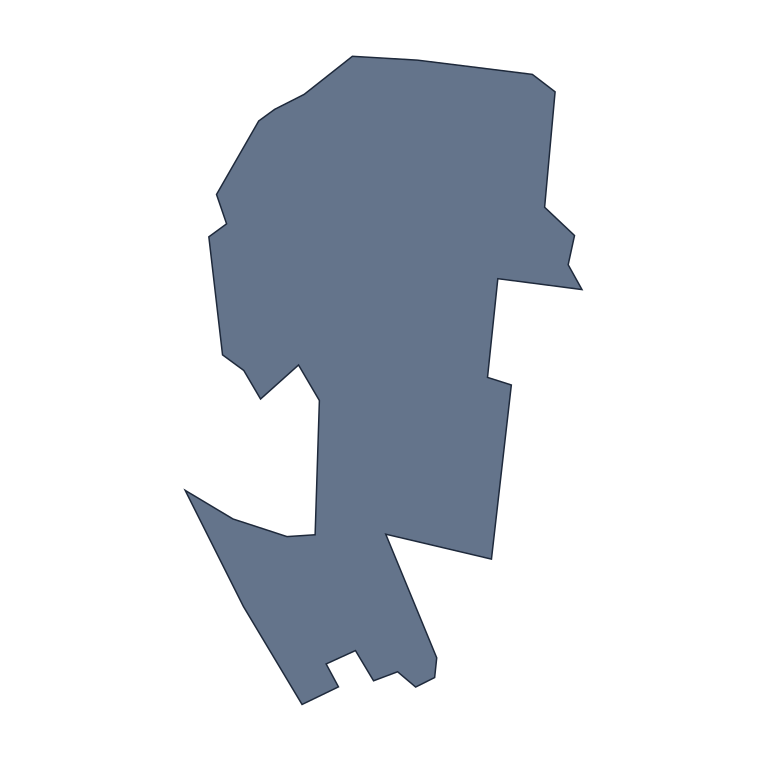 outline of Arnasay, Jizzakh, Uzbekistan, rotated 184°
{"feature_id": "79887680B99021392156444", "entity_name": "Arnasay", "entity_type": "district", "adm_level": 2, "iso_a3": "UZB", "parent_name": "Uzbekistan", "parent_adm1": "Jizzakh", "projection": "equal_earth", "projection_center": [67.818, 40.546], "detail": "fine", "context": "isolated", "style": "filled", "palette": "slate", "viewbox_px": 768, "rotation_deg": 184, "n_neighbors": 0, "source": "geoboundaries", "source_scale": "gbopen_adm2", "svg_char_len": 633}
<svg xmlns="http://www.w3.org/2000/svg" viewBox="0 0 768 768"><g transform="rotate(184 384 384)"><path d="M233.7,687.4L257.6,703.2L373.2,709.4L438.4,708.7L483.8,667.4L512.2,650.4L527.3,637.7L564.3,561.4L552.2,532.8L569.0,518.6L547.1,401.8L524.8,387.7L506.1,360.4L470.6,397.0L447.3,363.0L442.2,228.8L470.1,225.0L525.2,238.8L574.9,264.0L508.7,152.2L443.4,58.6L408.3,78.7L422.2,100.7L393.9,116.1L373.7,87.2L350.4,97.9L331.3,83.9L313.0,94.7L312.3,114.5L371.8,234.3L264.6,216.8L256.9,391.9L281.2,397.8L277.8,497.0L193.1,492.0L208.6,515.8L204.3,545.4L236.1,571.5L233.7,687.4Z" fill="#64748b" stroke="#1e293b" stroke-width="1.5"/></g></svg>